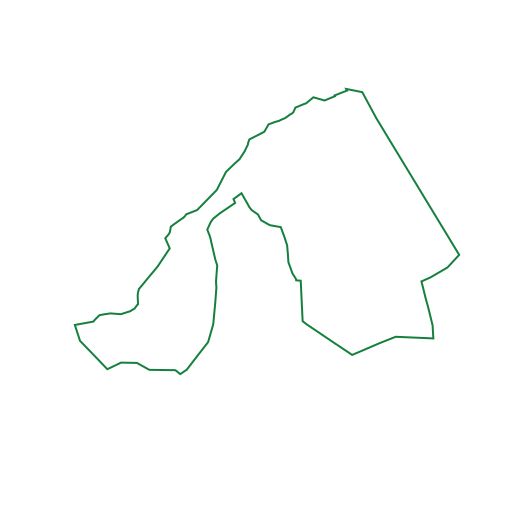 the district of Lanse Road, Castries, Saint Lucia, rotated 72°
{"feature_id": "8701671B540973728907", "entity_name": "Lanse Road", "entity_type": "district", "adm_level": 2, "iso_a3": "LCA", "parent_name": "Saint Lucia", "parent_adm1": "Castries", "projection": "albers", "projection_center": [-60.988, 14.018], "detail": "fine", "context": "isolated", "style": "outline", "palette": "green", "viewbox_px": 512, "rotation_deg": 72, "n_neighbors": 0, "source": "geoboundaries", "source_scale": "gbopen_adm2", "svg_char_len": 1983}
<svg xmlns="http://www.w3.org/2000/svg" viewBox="0 0 512 512"><g transform="rotate(72 256 256)"><path d="M125.0,118.6L126.0,118.4L126.8,118.3L127.6,131.6L128.4,131.5L129.3,142.7L122.8,152.4L126.3,161.1L126.3,163.3L127.0,172.6L130.9,176.2L131.8,178.4L131.8,179.3L133.3,183.9L133.9,186.0L134.0,188.1L134.6,192.6L134.4,196.4L134.7,203.4L140.4,209.7L143.1,226.3L145.8,228.4L147.7,229.4L150.1,231.8L152.6,234.1L158.8,241.7L161.7,248.2L166.8,258.6L181.1,272.9L181.5,273.7L194.1,297.8L194.8,309.5L196.4,311.6L196.7,312.5L197.2,313.2L197.4,314.2L199.3,320.5L201.7,327.9L206.7,330.5L208.2,332.1L211.1,336.8L222.1,335.7L224.3,338.5L235.5,352.7L237.5,355.8L242.2,363.3L251.2,377.5L254.2,379.5L257.1,380.8L265.4,383.1L266.1,384.5L268.4,387.6L269.7,393.0L269.6,395.3L269.6,397.0L269.6,402.4L269.3,403.2L268.8,404.4L265.6,412.2L264.6,418.2L263.9,423.1L266.7,428.7L268.1,430.9L267.9,432.6L265.6,449.6L282.3,449.6L302.1,439.9L317.7,432.4L317.2,428.5L315.7,417.3L320.4,403.7L320.9,402.3L325.5,398.0L331.3,392.6L339.7,367.9L344.0,365.2L344.9,364.6L342.8,357.1L331.1,340.0L323.8,329.2L323.0,328.1L321.4,327.0L308.5,318.3L307.1,317.5L287.4,309.0L273.5,303.3L272.4,303.1L267.9,301.9L261.7,299.4L253.0,295.8L246.8,295.8L228.5,294.2L224.9,293.8L224.1,293.9L222.4,293.8L215.9,294.2L215.1,293.5L209.6,288.4L207.3,285.2L205.2,279.8L204.1,276.8L199.1,259.5L197.0,259.6L194.9,259.8L191.8,250.4L207.5,247.2L210.9,246.0L212.1,245.1L217.1,241.3L223.6,240.1L230.9,233.4L233.6,228.4L236.2,223.5L246.2,223.1L254.1,223.1L255.4,223.1L262.3,224.7L264.2,225.1L270.3,226.7L271.9,227.1L283.8,226.7L286.5,226.0L289.3,225.3L290.2,225.1L291.6,225.3L293.3,221.1L332.4,231.8L336.7,228.9L364.6,207.1L379.8,195.1L377.1,165.7L376.0,148.1L384.1,126.4L389.2,112.8L381.5,110.8L376.7,109.5L357.6,108.1L348.3,107.7L340.2,107.1L337.0,106.9L332.7,106.6L331.3,106.5L330.8,101.8L330.3,96.8L326.1,77.5L317.7,62.4L185.2,93.6L178.2,95.2L162.2,99.0L133.0,104.3L125.7,117.3L125.0,118.6Z" fill="none" stroke="#15803d" stroke-width="2"/></g></svg>